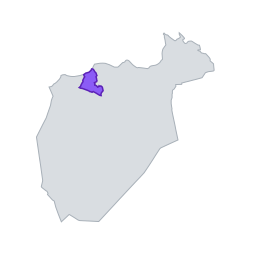 location of Gouré, Zinder, Niger, rotated 168°
{"feature_id": "23599985B20082731758941", "entity_name": "Gouré", "entity_type": "district", "adm_level": 2, "iso_a3": "NER", "parent_name": "Niger", "parent_adm1": "Zinder", "projection": "natural_earth1", "projection_center": [10.132, 14.056], "detail": "fine", "context": "in_parent", "style": "filled", "palette": "violet", "viewbox_px": 256, "rotation_deg": 168, "n_neighbors": 0, "source": "geoboundaries", "source_scale": "gbopen_adm2", "svg_char_len": 4343}
<svg xmlns="http://www.w3.org/2000/svg" viewBox="0 0 256 256"><g transform="rotate(168 128 128)"><path d="M196.7,184.5L194.5,184.5L193.2,184.9L191.6,186.4L189.8,186.9L187.6,188.1L186.3,189.1L185.0,189.9L183.2,191.8L182.6,193.3L180.8,193.6L178.4,193.3L176.8,191.9L173.1,190.3L170.7,189.7L169.6,189.5L164.0,189.3L158.1,189.9L155.0,190.6L154.5,190.7L152.8,191.7L151.3,192.7L147.5,197.4L142.3,197.2L139.3,196.7L136.8,196.0L133.1,193.8L128.7,190.4L127.0,190.0L125.4,189.7L124.9,189.8L119.6,193.1L118.6,193.0L117.3,193.4L116.5,194.2L115.9,194.6L115.2,194.7L114.4,194.5L113.6,194.0L112.8,193.1L110.6,189.4L110.1,188.7L109.2,187.6L107.6,185.9L106.6,185.1L105.9,184.9L105.1,185.0L100.9,183.6L96.6,182.0L95.7,182.2L95.0,182.5L93.5,183.7L91.8,183.9L89.6,183.8L88.4,183.7L86.4,184.0L85.1,184.5L83.4,185.3L81.2,187.4L80.5,187.7L80.0,188.0L79.2,193.8L78.6,195.6L77.5,197.9L75.2,200.1L73.7,201.4L73.7,203.2L73.5,206.1L73.5,208.2L73.6,209.5L73.3,210.1L73.2,210.7L73.3,211.5L73.7,211.9L73.9,212.5L73.7,212.9L73.0,213.4L72.2,212.1L71.2,211.2L70.1,210.8L69.4,210.1L69.0,209.2L67.5,207.3L64.2,203.7L63.9,203.7L63.3,203.5L62.4,204.0L61.8,204.5L61.4,204.8L60.7,204.8L59.1,205.3L57.9,205.9L57.8,206.3L58.4,209.1L58.1,210.5L57.6,209.8L55.7,207.1L54.5,205.0L54.3,204.6L54.1,203.9L54.2,203.6L54.7,203.4L55.9,203.1L56.1,202.9L56.2,202.3L56.0,201.3L55.4,199.9L54.7,198.9L54.3,198.8L53.6,198.7L52.9,198.8L51.4,200.0L50.8,200.2L49.3,200.1L48.0,199.9L47.2,199.3L44.9,197.0L42.3,194.6L41.2,194.3L40.9,194.0L40.8,192.2L40.8,189.9L41.0,189.4L42.1,189.7L43.2,189.9L43.6,189.5L42.7,188.7L41.4,187.9L40.9,186.7L40.5,186.2L39.9,185.8L39.2,185.6L38.5,185.2L38.1,184.9L37.3,184.7L36.5,184.5L35.3,182.5L34.2,180.6L33.5,179.1L33.3,178.2L33.7,176.6L33.3,176.0L32.1,174.5L31.0,173.0L31.3,170.8L31.5,168.9L31.6,167.7L31.7,167.0L31.9,166.3L32.6,166.0L34.4,166.1L37.9,166.4L40.7,166.0L40.9,165.9L42.9,163.9L45.1,161.8L48.4,161.6L52.0,161.4L54.8,161.3L58.9,161.1L62.2,161.0L66.1,160.8L66.2,159.9L66.4,159.6L66.8,159.6L69.6,160.1L72.3,160.6L72.5,158.8L74.8,156.5L76.1,156.0L76.5,155.6L76.9,154.9L77.2,153.7L77.3,152.8L77.8,152.1L78.1,150.8L78.6,148.5L80.0,146.2L80.7,142.9L80.9,139.8L81.0,137.4L81.4,136.9L81.5,132.7L81.5,128.5L81.5,124.9L81.5,120.4L81.6,116.5L81.6,112.2L81.6,108.4L81.6,105.9L84.3,105.3L87.1,104.7L91.1,103.8L95.5,102.8L100.2,101.7L101.3,101.0L104.9,97.4L106.6,95.7L109.8,92.4L112.3,89.9L115.5,86.7L118.9,83.4L121.5,80.9L125.7,77.9L132.1,73.5L138.4,69.1L144.7,64.7L151.0,60.3L157.3,55.8L163.6,51.4L169.8,47.0L176.1,42.6L182.4,44.3L188.4,45.9L194.5,47.5L195.9,48.3L199.1,51.5L203.3,55.5L203.6,55.6L207.5,53.2L212.7,50.1L214.1,58.5L215.1,65.7L215.3,70.3L215.3,71.5L215.7,72.3L216.7,73.1L220.6,79.7L219.8,80.8L220.4,82.9L221.4,83.8L224.6,87.7L225.0,88.5L224.8,89.1L222.6,93.7L222.3,94.9L221.9,100.8L221.6,105.0L221.2,110.7L220.8,117.5L220.4,123.3L219.9,131.0L219.4,138.2L216.2,142.2L210.6,149.2L205.9,154.9L203.6,158.8L199.1,166.2L197.1,171.1L195.5,173.6L194.7,174.7L195.4,178.3L196.7,184.5Z" fill="#d9dde1" stroke="#a8b0b8" stroke-width="1"/><path d="M144.6,172.7L144.7,173.3L144.9,173.8L145.2,174.1L145.8,174.8L146.1,174.8L146.9,174.6L147.5,175.3L147.6,175.1L148.6,174.4L149.2,174.3L149.6,175.2L149.9,175.7L150.1,175.7L151.1,176.9L151.6,176.9L151.6,177.2L151.4,177.9L151.1,178.4L151.5,179.1L151.5,179.3L150.3,179.6L149.4,179.8L149.0,179.9L148.9,180.1L148.5,180.8L148.5,181.2L148.6,181.4L148.6,182.2L148.5,182.6L148.6,184.6L148.5,185.0L147.5,185.7L147.7,186.9L147.8,188.0L147.9,188.6L148.6,189.6L148.9,190.3L149.2,191.2L149.5,192.1L149.7,192.6L150.6,193.2L151.1,193.4L151.5,193.1L151.9,192.4L152.2,192.0L152.5,191.9L153.1,191.5L154.0,191.0L154.7,190.6L155.9,190.6L156.8,190.5L157.8,190.5L158.7,190.1L159.2,189.8L160.2,189.4L160.1,188.3L159.9,187.5L159.7,187.1L159.8,186.9L160.6,186.2L160.9,185.9L161.1,185.6L161.8,184.7L162.3,184.1L162.3,183.5L162.4,182.6L163.5,181.7L163.8,181.2L164.3,180.7L164.8,180.2L164.9,179.9L165.3,179.4L165.5,178.9L166.2,178.4L167.1,177.8L167.3,177.7L166.7,177.2L166.0,176.7L165.3,176.5L164.3,176.1L163.0,175.3L160.8,173.9L159.1,172.8L158.0,171.9L157.6,171.4L156.7,171.2L156.0,170.6L155.6,170.4L155.0,170.8L154.4,170.9L153.7,170.2L153.0,169.7L151.8,168.6L150.2,167.1L148.9,165.9L148.1,165.5L147.8,165.4L147.5,165.3L147.5,166.6L146.8,167.8L146.6,168.1L145.1,169.2L144.6,169.7L144.6,172.7Z" fill="#8b5cf6" stroke="#5b21b6" stroke-width="1.5"/></g></svg>